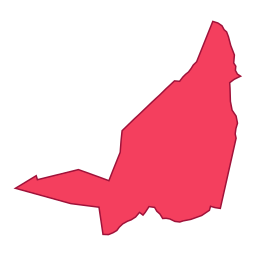 outline of Januário Cicco, Rio Grande do Norte, Brazil
{"feature_id": "56859067B41568105980397", "entity_name": "Januário Cicco", "entity_type": "district", "adm_level": 2, "iso_a3": "BRA", "parent_name": "Brazil", "parent_adm1": "Rio Grande do Norte", "projection": "robinson", "projection_center": [-35.596, -6.134], "detail": "fine", "context": "isolated", "style": "filled", "palette": "rose", "viewbox_px": 256, "rotation_deg": 0, "n_neighbors": 0, "source": "geoboundaries", "source_scale": "gbopen_adm2", "svg_char_len": 1033}
<svg xmlns="http://www.w3.org/2000/svg" viewBox="0 0 256 256"><path d="M196.6,61.8L193.3,65.0L191.0,68.7L188.5,72.0L185.6,74.3L182.9,77.0L179.6,81.3L174.5,80.9L166.2,88.6L159.5,95.2L156.3,98.1L151.9,102.2L138.1,115.4L134.7,118.5L122.1,130.7L121.1,140.3L120.2,152.3L112.9,170.5L108.9,180.7L99.5,177.2L78.4,169.6L37.4,179.7L36.2,175.7L15.4,188.3L70.8,203.6L99.0,207.2L103.0,234.4L108.5,234.6L113.1,232.7L116.8,230.5L119.3,227.1L122.7,223.9L127.5,221.2L131.2,219.8L135.6,217.0L139.5,212.4L143.0,215.1L145.2,212.4L149.0,206.6L154.6,207.4L156.8,211.2L160.0,214.1L162.7,218.5L166.1,218.3L169.7,218.9L174.9,221.4L179.8,222.0L183.1,220.9L190.8,219.4L201.7,215.5L209.4,210.3L210.5,206.3L215.1,207.6L220.3,208.4L236.1,138.2L235.2,133.9L235.9,128.6L237.5,123.2L236.1,116.1L232.1,110.2L230.4,101.4L230.0,88.1L229.7,82.7L234.2,79.3L240.6,76.2L237.4,74.1L235.4,70.4L235.8,66.2L233.7,63.0L234.4,55.0L230.7,45.4L228.4,36.6L226.6,31.9L224.1,29.7L222.0,25.8L217.9,23.0L212.8,21.4L196.6,61.8Z" fill="#f43f5e" stroke="#9f1239" stroke-width="1.5"/></svg>